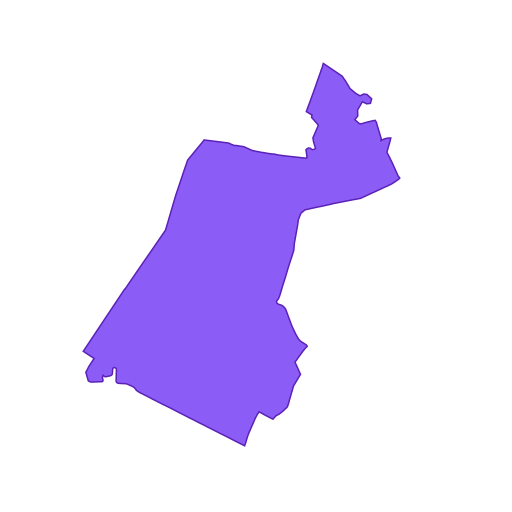 the district of Ma'in, Amanat Al Asimah, Yemen, rotated 34°
{"feature_id": "15242507B87670464483241", "entity_name": "Ma'in", "entity_type": "district", "adm_level": 2, "iso_a3": "YEM", "parent_name": "Yemen", "parent_adm1": "Amanat Al Asimah", "projection": "albers", "projection_center": [44.173, 15.379], "detail": "fine", "context": "isolated", "style": "filled", "palette": "violet", "viewbox_px": 512, "rotation_deg": 34, "n_neighbors": 0, "source": "geoboundaries", "source_scale": "gbopen_adm2", "svg_char_len": 5426}
<svg xmlns="http://www.w3.org/2000/svg" viewBox="0 0 512 512"><g transform="rotate(34 256 256)"><path d="M147.9,192.1L147.3,197.8L146.3,208.5L145.7,214.7L148.7,225.9L151.6,236.3L155.5,250.5L156.2,252.7L157.4,256.5L159.5,263.1L163.7,276.2L166.5,285.1L166.3,311.3L166.1,325.6L166.0,337.7L165.9,356.8L165.6,357.0L165.7,367.9L165.9,402.2L166.1,431.6L179.1,431.5L179.1,433.2L179.2,441.0L180.0,447.6L186.8,453.3L188.2,453.2L189.7,452.8L198.5,446.4L199.0,445.7L199.0,445.4L198.9,445.0L198.7,444.6L196.5,442.5L196.0,440.4L196.9,440.6L197.8,440.6L198.8,440.3L202.1,436.9L202.6,436.1L203.0,434.9L202.8,434.1L201.8,432.2L200.4,429.9L200.3,429.3L200.3,428.7L200.4,428.4L201.1,427.6L201.9,427.3L203.0,427.5L203.4,427.8L204.3,429.1L206.7,432.8L209.8,437.7L210.4,438.4L211.4,438.8L212.1,438.8L213.0,438.5L213.4,438.4L214.1,437.9L215.4,437.2L218.6,435.2L220.4,434.3L222.5,433.9L222.9,433.9L223.8,433.7L225.9,433.3L228.4,433.1L229.7,433.5L230.7,433.8L231.8,434.2L232.8,434.3L233.3,434.3L234.3,434.3L236.4,434.2L237.7,434.0L244.8,433.1L246.7,432.9L247.2,432.8L248.1,432.7L249.9,432.6L254.8,431.9L255.6,431.8L256.3,431.8L256.9,431.7L259.8,431.3L261.8,431.1L262.4,431.0L264.7,430.6L266.0,430.5L267.9,430.2L274.4,429.4L274.8,429.4L279.8,428.8L285.4,428.1L286.6,428.0L287.0,427.9L288.8,427.7L291.8,427.4L293.4,427.1L297.3,426.6L302.0,426.1L303.4,425.9L306.0,425.5L312.9,424.7L315.9,424.3L324.0,423.3L325.0,423.2L325.9,423.1L329.2,422.6L329.5,422.6L330.8,422.4L334.0,422.0L335.7,421.8L344.4,420.8L348.0,420.3L352.7,419.7L352.6,419.4L352.0,417.1L351.7,415.9L351.0,413.9L349.9,410.3L349.7,409.4L349.6,409.1L349.3,407.8L349.1,407.2L348.8,405.1L347.6,398.9L347.2,396.4L346.8,394.4L346.5,392.7L346.3,392.0L346.2,391.0L346.0,389.7L345.8,387.8L345.7,387.2L345.7,385.6L345.7,383.8L345.8,383.4L347.7,383.3L348.1,383.2L349.7,383.1L350.3,383.0L351.4,383.0L353.9,382.7L354.8,382.6L356.2,382.4L357.8,382.2L358.2,382.2L359.9,382.0L361.3,381.8L361.5,380.3L361.7,379.0L361.9,377.3L362.1,377.1L362.3,376.5L362.9,375.5L363.2,374.9L363.6,374.2L363.9,373.2L364.5,371.4L364.7,370.8L364.9,370.2L365.0,369.9L365.2,369.2L365.5,367.8L365.6,367.4L365.8,366.1L366.1,365.2L366.2,364.7L366.3,364.3L366.3,363.3L366.2,362.7L366.1,362.3L366.0,362.0L365.8,361.3L365.3,359.7L364.7,357.9L364.2,356.5L364.0,355.9L363.3,353.6L361.9,349.5L361.6,348.3L359.8,342.9L359.3,333.8L359.1,329.5L359.1,329.2L358.1,328.7L357.7,328.4L355.0,326.7L353.7,325.9L352.9,325.4L347.7,322.2L347.8,318.2L348.0,312.2L348.1,311.3L348.1,308.9L348.4,305.8L348.6,303.9L349.0,302.7L348.9,302.2L348.6,301.9L347.7,301.6L347.0,301.6L346.0,301.6L345.2,301.6L341.6,301.7L341.0,301.7L340.3,301.7L337.8,301.1L332.7,298.6L324.8,293.9L320.8,291.0L316.1,287.7L315.0,286.8L314.5,286.5L310.4,283.5L308.0,282.7L305.5,282.4L304.6,282.6L304.3,282.6L303.7,282.8L301.5,283.4L300.9,283.5L299.8,283.4L298.7,282.4L298.3,281.8L298.4,280.7L298.5,279.6L298.6,278.9L298.2,277.7L298.1,276.6L297.3,273.8L296.5,271.2L294.4,264.6L293.7,262.1L292.5,258.0L291.8,255.7L289.0,246.9L288.5,245.2L286.7,238.8L285.5,234.6L284.3,230.6L283.8,229.5L280.8,224.2L273.4,207.5L273.1,206.8L270.8,202.2L269.3,195.3L270.2,192.5L270.6,191.1L270.7,190.5L271.6,189.5L273.1,187.9L273.8,187.2L274.1,186.9L275.0,185.9L277.2,183.6L279.4,181.3L281.3,179.4L281.5,179.2L282.8,177.9L289.7,170.6L289.8,170.3L292.1,168.0L294.6,165.5L296.5,163.6L298.1,162.0L299.0,161.1L302.1,158.0L303.7,156.4L304.5,155.6L309.2,151.0L310.4,149.8L310.9,148.9L311.3,148.4L311.9,147.3L312.7,146.0L317.1,138.7L318.8,136.0L319.1,135.5L321.5,131.5L322.7,129.5L328.3,120.2L328.6,119.3L329.0,118.6L329.5,117.3L331.3,112.8L331.4,112.2L331.6,111.0L331.1,110.8L330.5,110.6L328.7,110.0L326.1,108.3L322.4,106.0L319.0,103.9L316.6,102.4L313.9,100.9L313.2,100.5L312.8,100.2L306.5,96.8L304.9,92.0L303.5,87.5L301.8,82.8L300.8,83.4L299.0,84.9L298.8,85.1L298.5,85.3L298.2,85.7L296.5,87.8L295.7,89.2L295.1,90.4L294.9,90.0L294.7,89.5L294.3,88.8L283.7,80.1L282.0,78.7L281.0,77.8L278.9,76.9L276.8,79.0L273.4,82.7L270.1,86.6L269.6,87.3L269.3,87.6L267.4,88.5L266.5,88.3L265.4,88.2L261.7,87.7L262.0,84.1L262.0,82.9L258.5,78.0L258.3,74.0L258.0,69.9L257.9,68.7L259.2,68.5L260.2,68.3L262.6,68.0L265.5,65.5L265.0,63.9L264.3,62.0L264.0,61.0L258.0,60.1L257.7,60.0L255.7,61.0L254.8,61.4L252.7,65.0L249.3,65.3L248.3,65.4L245.9,65.2L240.2,64.6L239.8,64.4L238.7,63.8L232.0,60.7L229.3,59.7L227.9,59.1L226.6,58.7L225.6,58.7L214.1,58.7L210.6,58.7L205.4,58.7L204.1,58.7L205.6,63.2L206.0,65.3L206.5,66.8L207.7,71.6L209.1,77.0L209.8,79.7L210.2,81.0L211.5,86.2L211.7,86.8L212.4,89.5L212.6,90.5L215.2,100.9L215.3,101.5L216.5,106.3L217.0,108.2L223.6,107.8L224.5,110.0L225.0,110.1L226.4,110.5L232.2,112.0L234.6,112.8L236.4,122.4L236.5,122.7L236.5,123.0L237.1,126.2L239.8,129.1L241.4,130.4L242.6,131.4L245.1,133.4L245.0,133.9L244.9,134.4L244.7,134.8L243.6,136.0L243.1,136.4L242.4,136.4L241.0,136.3L240.5,136.3L240.0,136.7L239.0,137.2L238.8,137.6L238.6,138.2L238.5,138.5L238.2,138.9L238.2,139.6L238.0,140.0L240.7,142.9L242.6,145.1L243.2,146.0L243.2,146.7L224.0,156.8L220.0,158.8L217.3,160.1L216.2,160.5L213.8,161.4L213.3,161.8L211.1,163.0L210.1,163.5L207.5,164.7L206.0,165.4L204.8,165.9L201.3,167.6L200.6,167.8L198.7,168.6L198.2,168.9L197.4,169.2L193.7,170.7L193.4,170.7L192.2,170.9L184.7,172.2L182.4,173.3L180.7,174.1L177.9,175.4L177.3,175.8L177.0,176.0L176.7,176.2L176.4,176.4L173.6,177.1L172.6,177.3L170.3,177.6L167.9,178.8L165.3,180.1L161.7,181.9L148.1,188.8L147.9,192.1Z" fill="#8b5cf6" stroke="#5b21b6" stroke-width="1.5"/></g></svg>